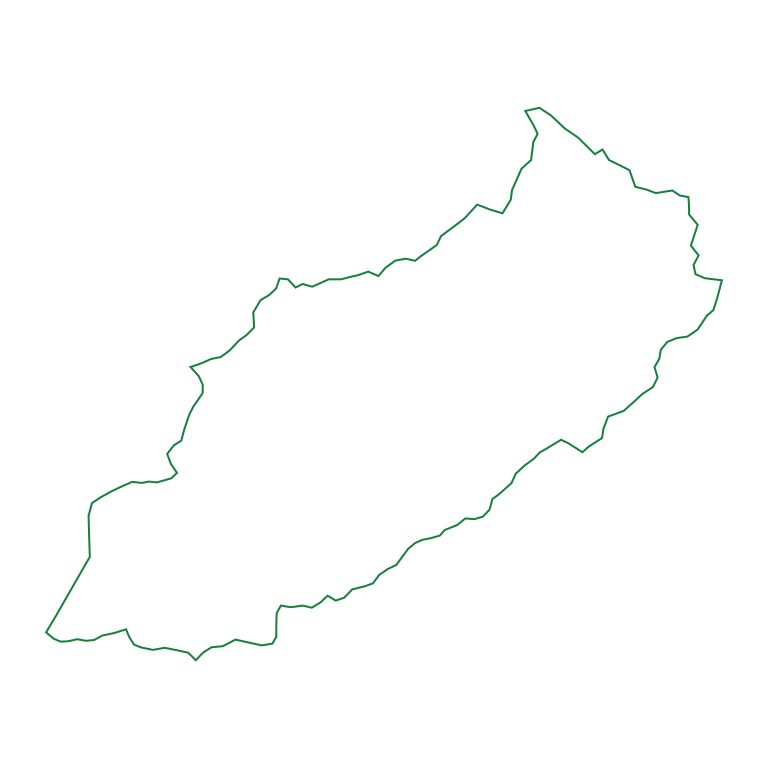 Campos do Jordão, São Paulo, Brazil
{"feature_id": "56859067B66319400982583", "entity_name": "Campos do Jordão", "entity_type": "district", "adm_level": 2, "iso_a3": "BRA", "parent_name": "Brazil", "parent_adm1": "São Paulo", "projection": "albers", "projection_center": [-45.536, -22.693], "detail": "fine", "context": "isolated", "style": "outline", "palette": "green", "viewbox_px": 768, "rotation_deg": 0, "n_neighbors": 0, "source": "geoboundaries", "source_scale": "gbopen_adm2", "svg_char_len": 2238}
<svg xmlns="http://www.w3.org/2000/svg" viewBox="0 0 768 768"><path d="M672.3,190.5L655.8,193.1L646.8,189.7L635.3,186.8L629.5,170.2L609.0,160.0L602.5,149.5L594.9,154.2L578.1,137.6L565.0,128.6L550.9,115.4L539.4,107.8L525.3,111.0L534.2,126.5L537.6,133.9L533.3,142.1L531.1,160.0L521.5,168.7L516.5,180.1L512.0,190.1L510.8,199.6L502.5,213.3L489.6,209.4L477.2,204.6L464.6,218.3L456.7,224.4L441.1,236.0L436.8,245.0L420.7,256.3L415.1,260.8L405.8,258.7L395.3,260.6L385.3,267.9L378.5,276.1L368.2,271.6L358.3,275.1L349.0,277.2L341.3,279.3L328.8,279.3L312.3,286.7L302.5,284.0L295.5,287.5L287.9,279.3L279.6,278.5L276.2,288.4L269.2,295.0L260.6,300.1L253.3,312.4L254.1,327.4L246.5,335.1L238.9,340.6L229.7,350.4L220.8,357.0L210.7,359.1L201.5,363.3L190.5,367.0L198.8,376.2L202.7,384.7L202.7,393.1L193.2,406.8L189.3,414.5L184.4,429.0L181.3,440.6L174.0,445.2L167.2,453.9L170.9,463.9L177.0,472.9L171.1,478.4L156.9,482.4L148.9,481.6L141.9,482.9L132.1,481.9L120.7,486.9L111.0,491.6L100.0,497.7L92.0,503.1L88.6,515.6L88.9,528.8L89.8,556.9L75.7,581.4L55.6,616.5L46.1,632.3L53.7,638.7L60.5,641.6L67.8,641.3L77.3,639.2L86.0,640.8L94.1,640.0L102.5,635.5L114.7,632.9L126.0,629.3L129.1,636.7L134.0,644.6L141.0,647.4L152.9,649.9L164.6,647.8L176.8,650.2L188.2,652.7L195.8,660.2L203.1,652.6L211.4,647.3L222.8,646.2L235.5,639.6L247.6,642.3L261.8,645.4L272.4,643.6L276.3,636.7L276.3,625.4L276.7,613.0L280.9,605.6L290.9,607.2L302.9,605.6L311.8,607.7L320.6,602.3L327.7,595.7L335.7,600.6L344.2,597.7L352.2,589.4L365.1,586.2L373.0,583.3L379.2,574.9L387.6,569.1L396.3,565.0L402.9,555.9L408.2,548.8L415.0,543.1L422.3,539.8L430.6,538.2L439.8,535.6L444.8,530.0L457.4,524.9L465.4,518.4L474.2,519.2L482.9,516.6L489.5,509.7L492.5,498.9L498.5,494.7L511.5,483.1L515.8,473.6L524.4,465.7L534.1,458.5L539.7,452.5L546.7,448.5L561.1,439.8L568.3,443.2L582.4,452.2L589.4,446.1L602.0,438.1L603.5,428.6L608.1,416.6L623.7,410.9L635.2,400.6L642.3,394.0L653.0,387.0L657.6,377.5L654.5,367.1L659.3,358.8L660.8,349.8L667.3,341.9L676.7,338.1L687.4,336.6L697.6,329.6L707.0,315.5L713.4,310.1L717.1,298.5L721.9,280.3L704.7,278.2L695.5,274.1L693.5,265.1L698.6,255.4L690.9,245.6L697.7,224.8L689.1,214.5L689.0,205.0L688.4,197.1L679.9,195.5L672.3,190.5Z" fill="none" stroke="#15803d" stroke-width="2"/></svg>